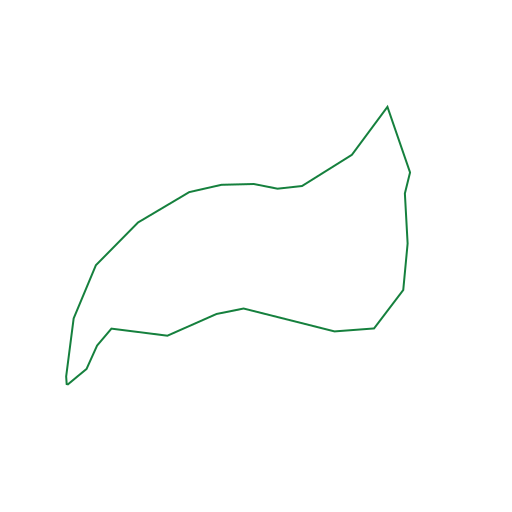 the border of Bukwa, rotated 20°
{"feature_id": "UGA-3113", "entity_name": "Bukwa", "entity_type": "County", "adm_level": 1, "iso_a3": "UGA", "parent_name": "Uganda", "parent_adm1": "", "projection": "orthographic", "projection_center": [34.655, 1.256], "detail": "fine", "context": "isolated", "style": "outline", "palette": "green", "viewbox_px": 512, "rotation_deg": 20, "n_neighbors": 0, "source": "natural_earth", "source_scale": "10m", "svg_char_len": 512}
<svg xmlns="http://www.w3.org/2000/svg" viewBox="0 0 512 512"><g transform="rotate(20 256 256)"><path d="M129.6,429.9L123.2,440.9L121.9,441.1L121.8,440.9L118.8,434.1L106.0,377.0L108.7,319.4L133.7,264.8L171.4,218.8L199.2,200.9L229.3,189.1L253.2,185.4L275.3,174.5L311.5,128.1L328.5,70.9L371.7,124.2L372.2,124.9L374.5,146.3L394.2,192.4L406.0,237.6L391.7,283.7L355.6,300.0L262.3,309.6L238.7,324.0L200.0,361.2L145.0,373.7L137.3,394.5L135.4,420.1L129.6,429.9Z" fill="none" stroke="#15803d" stroke-width="2"/></g></svg>